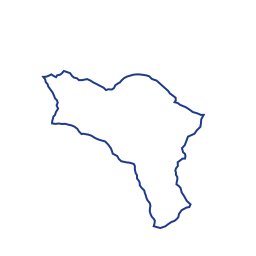 Vera Cruz, São Paulo, Brazil, rotated 310°
{"feature_id": "56859067B10752098024653", "entity_name": "Vera Cruz", "entity_type": "district", "adm_level": 2, "iso_a3": "BRA", "parent_name": "Brazil", "parent_adm1": "São Paulo", "projection": "mercator", "projection_center": [-49.836, -22.226], "detail": "fine", "context": "isolated", "style": "outline", "palette": "blue", "viewbox_px": 256, "rotation_deg": 310, "n_neighbors": 0, "source": "geoboundaries", "source_scale": "gbopen_adm2", "svg_char_len": 2230}
<svg xmlns="http://www.w3.org/2000/svg" viewBox="0 0 256 256"><g transform="rotate(310 128 128)"><path d="M112.7,30.2L112.0,33.3L110.3,35.5L109.9,38.2L108.6,40.1L107.8,43.1L106.7,47.5L105.2,50.6L103.8,53.0L103.6,55.6L102.2,57.9L99.5,58.7L97.9,62.0L93.7,62.6L91.1,63.7L88.9,63.5L86.4,64.7L84.4,65.6L82.7,66.9L84.7,70.0L86.9,72.0L88.6,74.8L91.0,77.4L92.2,80.2L93.5,82.6L94.6,85.9L94.8,89.8L93.9,92.4L93.5,96.3L95.0,97.6L96.1,99.6L97.4,101.8L98.6,104.9L99.2,109.3L100.1,112.5L101.2,115.2L103.0,119.1L102.6,123.3L101.4,128.0L99.8,130.9L98.5,132.8L99.0,134.9L99.6,137.7L98.4,140.8L98.2,144.2L99.9,147.4L100.9,149.3L102.2,151.1L103.3,153.5L104.2,155.5L103.3,157.7L101.3,159.3L99.9,160.9L98.3,163.0L97.6,165.3L95.1,167.4L94.7,169.6L93.8,171.8L91.7,173.9L90.9,176.8L90.6,180.6L89.1,182.6L87.9,184.8L86.4,186.9L85.2,189.3L84.5,192.9L82.8,195.2L80.5,196.5L78.0,198.4L76.5,200.7L75.3,203.3L75.0,205.9L74.3,208.1L71.7,209.8L69.3,210.8L70.7,213.9L72.1,217.0L74.4,218.4L76.7,219.8L80.2,220.6L83.8,221.6L86.7,223.3L89.4,223.8L92.0,223.9L95.0,222.3L99.4,221.9L102.3,223.0L104.6,223.9L106.8,225.8L109.7,225.0L109.9,220.0L110.9,217.3L112.0,214.5L113.1,210.6L115.9,206.7L116.2,204.0L116.0,201.3L118.4,199.8L120.3,198.9L122.2,197.2L123.0,194.7L124.7,193.4L125.7,191.7L127.9,190.7L130.9,190.6L133.7,188.1L137.0,188.9L139.5,189.4L141.2,191.3L143.4,190.1L144.8,188.3L144.8,185.8L147.2,182.3L151.4,182.5L156.6,180.7L159.9,179.5L163.0,181.0L166.3,182.6L170.6,182.2L175.4,182.7L178.7,180.7L181.8,178.5L186.7,177.5L184.9,175.4L184.3,173.3L183.3,170.5L181.9,167.5L181.6,163.0L181.3,160.2L180.9,158.1L180.1,156.0L179.2,152.7L179.1,149.9L177.7,147.1L179.9,146.8L181.8,145.0L181.6,140.8L181.4,137.8L182.2,135.1L182.7,119.4L181.6,116.6L180.9,114.6L181.3,111.2L180.1,108.2L177.6,104.1L176.1,101.9L174.2,99.7L172.2,97.8L169.8,96.2L166.7,94.2L164.0,93.0L160.5,92.5L157.7,92.5L155.5,91.6L152.5,90.8L149.7,91.6L147.1,90.9L145.0,88.0L142.9,86.8L143.2,83.4L142.1,78.5L141.3,74.9L140.6,72.2L140.2,68.8L139.2,65.3L137.0,63.5L135.1,62.0L133.1,59.6L133.3,57.1L131.9,54.2L131.9,51.7L132.8,48.5L131.7,45.4L130.4,42.2L127.3,42.2L125.2,41.7L122.8,39.9L120.7,40.2L120.1,37.8L119.8,34.8L116.9,33.6L114.7,32.4L112.7,30.2Z" fill="none" stroke="#1e3a8a" stroke-width="2"/></g></svg>